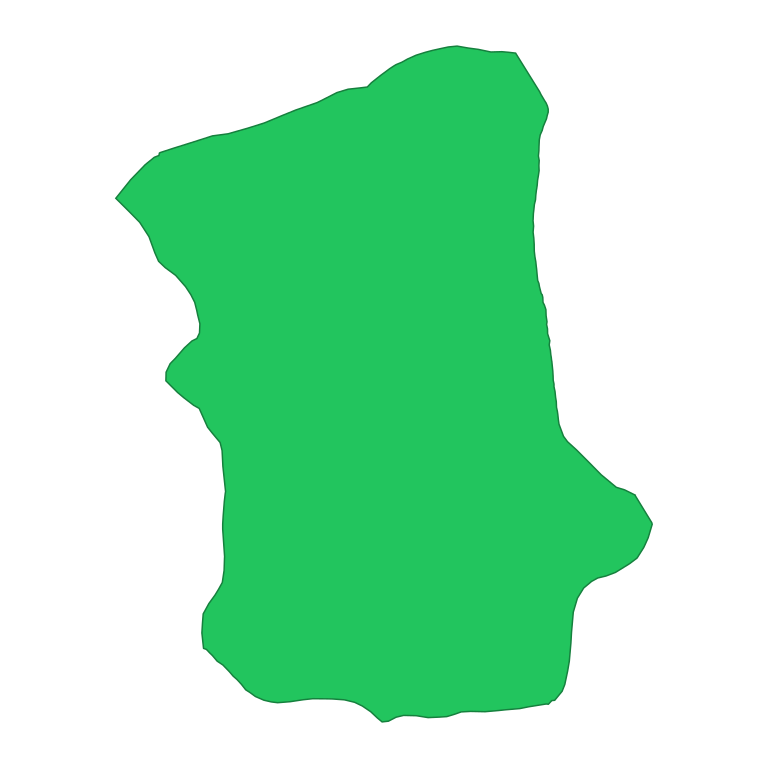 Bambey, Diourbel, Senegal
{"feature_id": "50182788B75300917140294", "entity_name": "Bambey", "entity_type": "district", "adm_level": 2, "iso_a3": "SEN", "parent_name": "Senegal", "parent_adm1": "Diourbel", "projection": "natural_earth1", "projection_center": [-16.464, 14.81], "detail": "fine", "context": "isolated", "style": "filled", "palette": "green", "viewbox_px": 768, "rotation_deg": 0, "n_neighbors": 0, "source": "geoboundaries", "source_scale": "gbopen_adm2", "svg_char_len": 3223}
<svg xmlns="http://www.w3.org/2000/svg" viewBox="0 0 768 768"><path d="M515.6,53.1L508.7,52.3L501.9,51.7L490.9,52.0L478.4,49.4L468.0,48.0L457.1,46.1L448.1,47.0L447.7,47.1L440.6,48.6L432.5,50.4L425.3,52.3L416.1,55.2L407.6,59.0L401.7,62.3L399.5,63.2L396.1,64.6L394.1,65.8L389.8,68.6L380.9,75.2L371.3,82.8L367.3,87.0L360.1,87.9L348.1,89.2L336.9,92.6L320.8,100.8L317.1,102.6L295.8,110.0L282.5,115.4L271.0,120.2L264.2,123.0L247.7,128.2L228.0,133.8L212.4,135.9L190.5,142.9L173.9,148.1L160.1,152.6L159.4,153.1L159.1,154.6L158.9,155.5L154.3,157.3L145.3,164.6L130.7,179.7L115.8,198.3L129.4,211.8L139.7,222.3L149.0,236.7L154.9,252.9L158.6,261.3L165.2,267.6L175.7,275.4L185.6,286.7L190.8,294.6L194.7,302.3L196.7,310.2L197.7,315.0L199.9,323.8L199.8,325.9L199.5,333.0L196.9,338.5L191.9,341.0L184.4,347.9L175.4,358.3L170.2,363.6L166.1,372.2L165.9,380.8L170.2,385.1L177.6,392.5L183.9,397.8L193.8,405.4L199.2,408.4L207.6,427.2L212.1,432.9L220.1,442.5L222.0,450.2L222.1,450.8L222.9,466.5L224.7,483.4L225.5,490.9L225.6,491.3L225.2,493.8L224.3,501.6L223.2,515.7L222.7,524.1L222.7,529.1L224.6,556.6L224.5,558.2L224.1,570.4L222.3,582.5L218.6,589.2L215.0,595.1L208.9,603.5L203.2,613.9L202.5,622.9L201.9,633.0L203.5,648.0L203.6,648.4L206.4,649.4L209.7,652.9L212.4,655.5L217.2,661.2L222.8,664.9L229.2,671.5L233.3,676.3L237.0,679.5L241.4,684.3L245.7,689.8L249.8,692.4L255.4,696.5L263.9,700.2L271.2,701.9L277.6,702.7L290.1,701.7L303.4,699.7L312.8,698.7L325.5,698.8L330.4,698.9L333.0,699.0L344.2,699.8L346.0,700.2L354.6,702.3L362.3,706.0L370.7,711.7L377.4,718.0L382.1,721.9L388.4,721.2L396.1,717.2L403.6,715.4L416.3,715.7L428.1,717.6L439.3,717.1L446.8,716.6L452.5,714.9L455.6,713.9L461.2,711.9L470.6,711.4L485.1,711.7L498.8,710.5L505.3,709.8L519.7,708.6L528.6,706.8L535.5,705.7L546.1,704.0L548.4,704.2L551.8,700.6L554.7,700.3L562.1,691.3L564.8,684.5L567.6,671.2L569.3,661.3L570.9,643.1L571.5,632.5L573.3,612.1L577.4,598.2L583.7,588.0L591.6,581.4L597.7,578.0L606.0,576.0L615.5,572.4L629.7,563.6L637.1,558.0L643.8,547.4L645.1,544.6L648.2,537.7L652.2,524.3L651.8,522.7L635.9,496.7L635.4,495.8L635.1,495.4L635.2,495.1L624.7,489.9L616.3,487.3L601.1,474.7L587.5,460.9L576.6,450.0L567.5,441.7L563.5,436.3L559.0,424.2L558.4,420.0L557.8,414.4L557.4,411.5L556.5,407.3L556.3,401.7L555.6,397.4L555.0,391.4L554.0,386.8L554.0,384.1L553.2,380.2L553.1,376.3L552.8,371.1L552.3,366.1L551.8,361.2L551.7,361.1L551.4,358.7L551.3,357.6L550.8,354.6L550.4,350.3L549.2,344.9L549.8,340.7L547.6,333.7L547.5,328.8L546.6,324.5L547.0,321.8L546.1,315.7L545.9,309.6L544.4,305.1L543.0,302.4L542.8,297.4L542.2,294.8L541.2,293.5L539.5,286.9L538.9,283.4L537.7,280.5L537.1,274.5L536.6,268.9L536.2,265.7L535.8,261.8L534.9,256.6L534.3,251.3L534.2,246.5L534.2,244.7L533.8,238.1L533.1,232.1L533.6,226.1L533.1,221.3L533.0,221.0L533.1,219.9L533.4,213.5L533.9,209.3L534.4,204.4L535.5,199.9L535.8,195.3L536.2,191.9L536.5,189.5L536.6,189.3L537.2,185.2L537.6,180.2L538.4,175.5L539.1,170.7L538.9,165.6L539.2,160.5L538.4,156.0L538.9,150.8L539.0,146.4L539.3,139.8L540.2,134.9L542.2,130.4L543.2,126.6L544.7,123.0L546.5,118.8L547.2,115.6L548.2,112.2L548.2,109.1L547.4,106.0L546.1,103.0L544.5,100.5L542.8,97.6L541.0,94.6L539.6,91.7L515.6,53.1Z" fill="#22c55e" stroke="#15803d" stroke-width="1.5"/></svg>